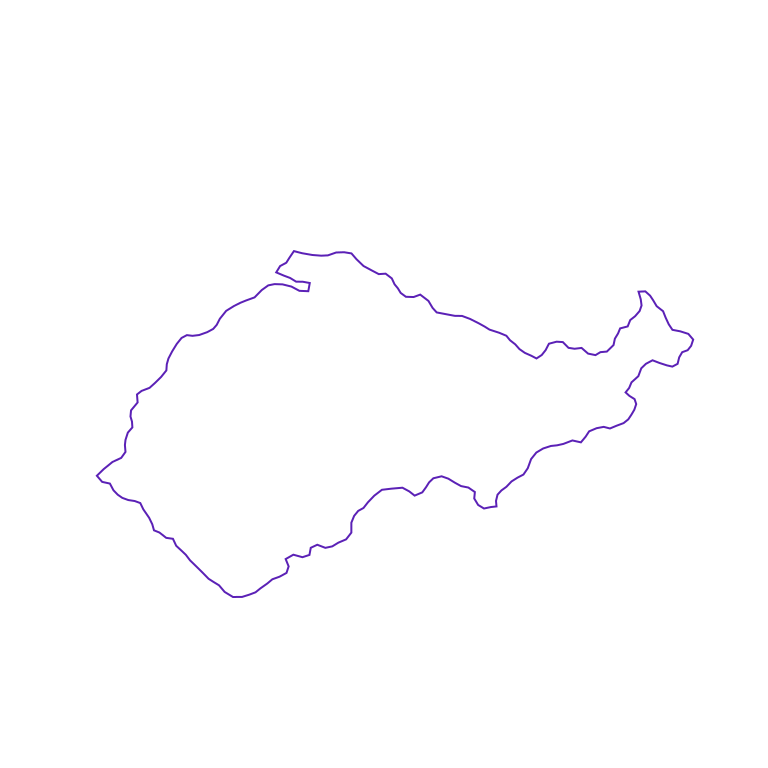 Campanha, Minas Gerais, Brazil, rotated 65°
{"feature_id": "56859067B70432735249209", "entity_name": "Campanha", "entity_type": "district", "adm_level": 2, "iso_a3": "BRA", "parent_name": "Brazil", "parent_adm1": "Minas Gerais", "projection": "orthographic", "projection_center": [-45.402, -21.822], "detail": "fine", "context": "isolated", "style": "outline", "palette": "violet", "viewbox_px": 768, "rotation_deg": 65, "n_neighbors": 0, "source": "geoboundaries", "source_scale": "gbopen_adm2", "svg_char_len": 3051}
<svg xmlns="http://www.w3.org/2000/svg" viewBox="0 0 768 768"><g transform="rotate(65 384 384)"><path d="M542.5,333.8L537.3,331.9L532.3,327.9L530.1,322.6L528.9,316.5L526.2,309.6L525.3,302.6L525.0,295.9L521.1,289.3L514.2,282.4L510.5,274.9L509.7,267.0L510.7,258.9L512.7,253.1L514.1,246.8L514.8,237.1L520.1,230.2L517.0,223.6L513.6,218.1L513.9,210.0L515.7,203.0L519.8,198.0L520.1,190.9L520.7,183.4L519.3,177.6L516.4,172.8L513.1,168.0L508.8,163.9L503.6,163.3L498.5,166.6L493.7,168.6L491.2,163.5L487.1,159.0L484.4,150.2L478.5,144.2L476.4,138.1L476.0,130.6L481.4,125.4L486.7,119.7L490.1,115.3L489.8,109.4L484.6,105.2L481.2,100.3L481.7,94.5L479.2,89.5L474.4,85.0L467.2,87.0L461.5,93.2L456.8,99.7L450.2,100.7L442.9,100.7L436.0,100.3L428.7,104.0L421.7,104.7L416.4,105.5L410.5,108.0L407.9,114.3L415.7,115.5L421.7,117.4L425.9,121.5L428.7,127.8L430.1,133.8L434.8,138.8L433.4,146.5L437.1,150.5L440.5,155.6L445.7,159.5L448.8,168.3L446.6,174.4L447.2,180.1L442.7,186.2L434.8,189.7L432.6,196.4L429.2,201.5L421.6,204.2L418.6,209.7L417.2,217.5L421.6,223.2L424.4,228.8L425.3,235.0L420.6,238.6L415.3,243.2L409.6,246.5L403.5,248.3L397.6,251.3L392.0,252.7L386.3,257.9L379.3,265.4L374.5,268.5L369.0,272.5L361.4,278.5L355.3,284.5L352.1,291.1L347.3,297.8L341.4,306.0L335.6,307.8L327.5,308.6L318.3,313.4L317.7,320.4L314.2,327.3L308.5,330.4L303.1,331.0L298.1,332.3L291.6,332.3L284.7,335.9L282.2,342.3L275.9,347.1L268.4,352.7L259.3,356.2L251.9,358.3L247.7,364.5L244.6,371.8L243.7,380.5L241.2,386.6L236.8,394.4L230.9,402.9L225.5,409.5L229.7,416.5L232.8,421.3L233.2,428.3L237.3,434.5L243.5,428.9L248.2,424.3L254.1,420.4L257.0,414.4L261.1,408.6L267.9,413.4L263.8,421.3L256.6,426.7L250.8,433.9L247.2,441.0L245.7,447.2L247.2,455.1L250.8,464.7L250.0,473.8L249.7,479.8L249.9,486.8L251.0,496.1L255.5,505.2L259.7,510.6L261.9,515.5L262.3,522.3L261.5,530.8L259.4,537.2L256.4,542.0L256.7,548.0L260.1,554.9L264.9,562.2L269.8,568.6L274.3,572.5L279.7,575.5L283.4,583.0L286.2,590.9L288.4,598.1L287.8,606.6L289.1,612.3L296.6,615.1L301.0,624.4L306.3,627.5L311.6,628.3L317.0,630.4L319.8,636.7L325.4,641.9L329.8,644.6L336.3,647.0L339.9,653.4L339.9,663.0L342.7,674.1L345.8,683.0L353.6,680.8L358.4,674.5L366.0,674.1L371.8,672.1L376.6,669.3L381.1,664.8L384.7,659.4L388.9,655.2L395.9,655.1L406.0,653.4L413.2,653.3L419.4,654.3L423.7,650.3L431.4,646.4L435.1,640.7L442.8,640.7L449.4,638.0L455.0,635.8L461.9,634.3L469.8,631.3L478.7,628.0L486.4,625.3L491.6,622.0L496.7,618.6L505.1,616.3L513.2,610.9L517.0,602.6L518.0,595.1L518.5,588.5L517.0,582.4L515.5,574.1L513.8,567.7L514.5,560.1L514.0,552.2L509.0,547.5L501.1,547.1L500.4,538.3L506.5,531.1L507.4,523.8L501.5,519.6L501.5,512.4L507.7,506.4L509.3,499.5L508.5,492.4L508.8,484.0L504.9,476.4L495.9,472.2L490.9,466.8L488.1,461.0L487.7,455.0L484.4,448.5L481.1,440.0L479.0,430.6L482.0,421.5L485.8,411.1L492.0,406.5L498.1,403.4L498.4,395.1L495.3,389.5L492.2,384.7L490.3,379.1L492.0,370.8L497.0,365.7L503.5,361.4L509.1,357.3L513.5,351.3L520.3,347.3L525.9,350.6L533.4,349.8L539.1,346.0L540.7,339.1L542.5,333.8Z" fill="none" stroke="#5b21b6" stroke-width="2"/></g></svg>